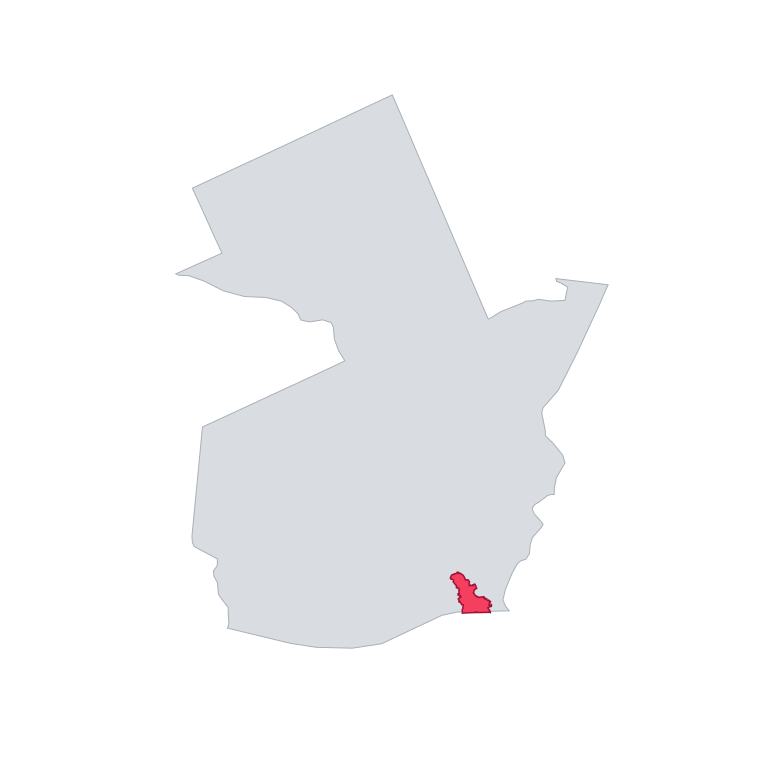 Chiquimulilla, Santa Rosa, Guatemala (highlighted), rotated 335°
{"feature_id": "79465075B27028234589447", "entity_name": "Chiquimulilla", "entity_type": "district", "adm_level": 2, "iso_a3": "GTM", "parent_name": "Guatemala", "parent_adm1": "Santa Rosa", "projection": "orthographic", "projection_center": [-90.323, 13.987], "detail": "fine", "context": "in_parent", "style": "filled", "palette": "rose", "viewbox_px": 768, "rotation_deg": 335, "n_neighbors": 0, "source": "geoboundaries", "source_scale": "gbopen_adm2", "svg_char_len": 6437}
<svg xmlns="http://www.w3.org/2000/svg" viewBox="0 0 768 768"><g transform="rotate(335 384 384)"><path d="M138.9,539.1L142.1,535.8L144.9,528.4L148.3,520.7L146.3,511.7L145.1,504.5L149.0,494.0L148.7,486.1L150.5,481.3L156.1,478.2L159.1,472.2L143.4,451.3L143.4,446.6L145.6,440.8L158.6,418.7L174.1,392.5L191.1,363.6L201.3,346.2L238.2,346.4L262.6,346.4L293.5,346.5L327.2,346.6L349.3,346.6L358.4,346.4L356.9,335.0L358.0,322.5L362.1,311.1L362.1,306.1L355.5,299.9L342.8,296.3L335.7,290.9L335.7,284.0L332.6,275.6L326.4,265.9L313.7,255.8L294.3,245.6L277.9,231.8L264.3,214.5L252.9,203.4L244.0,198.7L241.9,196.2L267.9,196.6L292.4,196.9L292.6,172.2L292.9,150.2L293.1,125.5L337.4,125.6L390.4,125.7L445.3,125.6L488.4,125.5L513.7,125.5L512.8,156.1L511.6,191.7L510.8,217.9L509.7,252.8L508.5,288.5L506.9,337.2L505.9,368.7L506.5,369.4L521.0,367.8L542.5,369.1L547.8,368.9L554.4,371.6L559.5,372.4L570.5,379.5L583.3,384.7L591.4,373.8L587.1,367.4L583.8,364.0L584.3,361.1L629.1,388.8L623.9,393.2L612.6,403.3L592.2,420.5L573.8,436.0L556.2,450.0L540.2,462.6L538.3,463.8L518.0,472.8L514.7,477.0L510.4,494.6L508.4,499.0L512.1,508.8L515.9,523.9L514.8,531.9L500.7,541.7L494.3,550.5L491.5,556.2L488.9,554.7L484.5,554.3L474.5,556.5L469.6,557.0L465.6,559.5L465.2,565.0L467.9,573.8L468.9,578.4L466.0,580.5L453.6,585.9L448.8,591.1L444.1,599.3L438.6,602.7L432.9,602.1L428.9,603.3L420.3,609.5L407.4,621.3L400.4,630.1L400.3,636.7L401.6,642.5L354.3,621.7L338.6,618.1L272.2,618.4L243.8,610.1L211.5,594.1L189.7,579.6L138.9,539.1Z" fill="#d9dde1" stroke="#a8b0b8" stroke-width="1"/><path d="M371.6,585.8L370.9,585.5L370.6,585.9L370.5,586.0L370.2,586.2L369.8,586.1L368.9,586.2L368.5,586.1L368.1,585.8L367.6,585.8L367.3,586.0L367.2,586.0L366.8,586.0L366.6,586.1L366.4,586.0L366.2,585.9L366.1,585.7L365.8,585.7L365.5,585.8L365.3,585.7L365.0,585.6L364.8,585.7L364.5,586.0L364.1,586.1L363.5,586.5L363.0,587.0L362.4,587.5L362.2,587.8L362.1,588.3L362.1,588.9L362.2,589.1L362.4,589.4L363.3,589.6L363.6,589.9L363.8,590.2L363.8,590.3L363.9,590.6L364.0,591.4L364.0,591.5L363.9,591.6L363.8,591.9L363.7,592.0L363.2,592.3L363.1,592.9L363.3,593.1L363.4,593.5L363.5,593.8L363.6,594.6L363.7,595.0L363.8,595.7L363.9,596.0L364.0,596.0L364.2,596.3L364.3,596.5L364.4,597.8L364.3,598.1L363.7,598.5L363.6,599.2L363.7,599.4L364.5,599.5L364.8,599.8L365.0,600.2L364.7,600.5L364.8,600.7L364.8,600.8L364.9,601.0L365.3,601.4L365.6,601.6L365.6,601.8L365.4,602.0L365.2,602.4L365.0,602.7L364.9,602.7L364.4,603.0L364.3,603.9L364.2,604.3L363.9,604.6L363.8,604.8L363.8,605.4L363.8,605.5L363.7,605.5L363.0,605.5L362.3,605.5L362.0,607.0L362.8,606.9L363.2,606.9L363.3,607.4L363.5,607.8L363.6,608.2L363.5,608.3L363.1,608.6L363.0,608.8L362.9,608.9L363.2,608.9L363.2,609.0L363.3,609.2L363.8,609.4L363.9,609.5L363.7,609.7L363.4,609.7L362.9,609.6L362.7,609.7L362.0,609.7L361.2,609.8L360.7,610.0L360.4,610.3L360.4,610.7L360.6,610.8L360.7,612.2L360.2,612.3L360.0,612.5L360.0,613.6L360.8,613.9L361.0,614.0L361.1,615.8L361.3,617.1L362.3,617.4L362.5,617.5L362.3,618.1L362.0,618.7L361.9,618.8L361.5,619.1L361.3,619.5L361.1,620.0L360.7,620.6L360.5,620.9L359.9,621.2L359.6,621.5L359.4,621.8L358.8,623.4L358.8,623.5L358.4,624.5L358.2,624.8L358.5,624.9L359.7,625.4L360.5,625.7L361.7,626.2L363.1,626.7L363.5,626.9L363.7,627.0L364.0,627.1L364.5,627.3L364.9,627.5L365.5,627.7L366.3,628.1L366.6,628.2L367.0,628.4L367.5,628.6L368.1,628.9L368.9,629.2L370.0,629.7L370.0,629.4L370.2,629.2L370.3,629.3L371.0,629.6L371.1,629.3L371.1,629.1L371.2,629.4L371.6,629.8L371.4,629.8L371.2,630.0L370.9,630.0L370.5,629.5L370.4,629.5L370.5,629.7L370.6,629.9L370.8,630.0L371.6,630.4L371.8,630.5L373.8,631.4L375.0,631.9L375.2,632.0L375.3,632.1L375.5,632.2L375.6,632.3L375.8,632.3L376.2,632.5L376.4,632.6L376.5,632.6L377.0,632.7L377.3,632.8L377.6,633.0L377.8,633.1L378.0,633.2L378.3,633.4L378.5,633.5L379.0,633.8L379.5,633.9L379.8,634.0L380.5,634.4L380.7,634.5L380.9,634.5L381.0,634.6L381.5,634.8L381.9,635.0L382.7,635.4L382.9,635.5L383.0,635.5L383.3,635.6L383.5,635.4L383.4,635.3L383.4,635.2L383.5,635.2L383.8,635.3L383.8,635.5L383.8,635.8L383.9,636.0L384.1,635.7L384.2,635.2L384.0,634.9L383.5,634.5L383.6,634.1L383.9,633.9L384.0,633.8L384.2,633.5L384.1,633.2L383.9,632.8L383.8,632.3L383.7,632.1L383.5,631.2L383.6,630.6L386.8,630.7L387.3,630.9L387.6,630.5L387.9,629.9L388.0,629.6L388.1,629.4L387.9,629.3L387.2,629.4L386.2,629.3L386.0,629.2L385.9,629.2L385.8,628.9L386.0,628.4L386.3,628.0L386.7,627.6L387.0,627.2L387.4,627.3L387.8,627.3L387.7,626.9L387.5,626.7L387.3,626.2L387.3,625.8L387.3,625.7L387.8,625.8L388.4,625.9L388.3,625.6L387.9,625.0L387.9,624.8L387.3,623.9L387.2,623.9L386.8,623.9L386.2,623.8L386.1,623.7L386.1,623.2L386.3,622.3L386.3,622.0L386.1,622.0L384.9,621.9L384.8,621.6L385.1,621.1L385.0,620.9L384.6,621.0L384.2,620.8L384.1,620.7L384.1,620.4L384.1,620.2L384.7,620.1L384.9,620.1L384.8,619.3L384.6,619.1L383.7,618.7L382.8,618.3L382.5,618.2L381.8,618.1L381.2,618.1L380.9,618.1L380.7,618.0L380.7,617.7L380.3,617.6L380.1,617.7L379.7,617.5L379.6,617.3L379.4,617.2L379.2,616.5L379.0,616.3L378.6,616.2L378.3,616.0L378.3,615.9L378.3,615.3L378.1,615.1L377.7,615.2L377.5,614.4L377.4,614.1L377.2,613.4L377.2,613.2L377.1,612.9L377.0,612.7L377.1,612.3L377.0,611.9L376.8,611.5L376.7,611.3L376.7,611.0L376.9,610.8L377.4,610.7L377.5,610.6L377.8,610.2L378.1,609.4L378.5,609.1L378.6,608.9L378.8,609.0L379.1,608.9L379.4,608.7L379.8,608.5L381.1,608.5L381.2,608.4L381.7,608.3L381.7,608.1L381.6,607.9L381.6,607.7L381.7,607.0L381.7,606.6L381.6,606.1L381.9,605.6L381.9,604.9L381.8,604.2L381.7,603.8L381.4,604.0L381.0,603.9L380.8,603.7L380.5,603.8L380.4,603.8L380.3,604.0L380.2,604.1L380.0,603.6L379.8,603.5L379.6,603.5L379.3,603.7L379.1,604.0L378.6,604.1L378.4,603.9L378.3,603.7L378.1,603.7L377.9,603.6L377.8,603.4L377.8,603.2L377.7,603.0L377.6,602.9L377.0,602.7L376.8,602.9L376.2,603.0L376.1,602.9L376.1,602.6L376.3,602.1L376.5,601.8L376.7,601.5L376.8,601.4L376.9,600.6L376.9,600.4L377.8,599.7L377.9,599.3L377.8,599.2L377.7,598.0L377.6,597.3L377.5,597.1L377.3,597.0L377.0,596.9L376.6,596.6L376.3,596.5L375.9,596.3L375.4,596.3L375.3,596.2L375.1,596.2L375.0,595.8L375.0,595.6L375.1,595.4L375.1,595.1L375.2,593.5L375.2,593.2L375.2,592.9L375.0,592.2L375.0,591.5L374.9,590.8L374.7,590.5L374.6,590.3L374.4,589.9L374.3,589.6L373.9,589.2L373.7,588.7L373.3,588.2L373.1,587.7L372.8,587.3L372.3,587.4L372.0,587.5L371.7,587.4L371.6,587.2L371.2,586.6L371.1,586.4L371.4,586.2L371.7,586.0L371.7,585.9L371.6,585.8Z" fill="#f43f5e" stroke="#9f1239" stroke-width="1.5"/></g></svg>